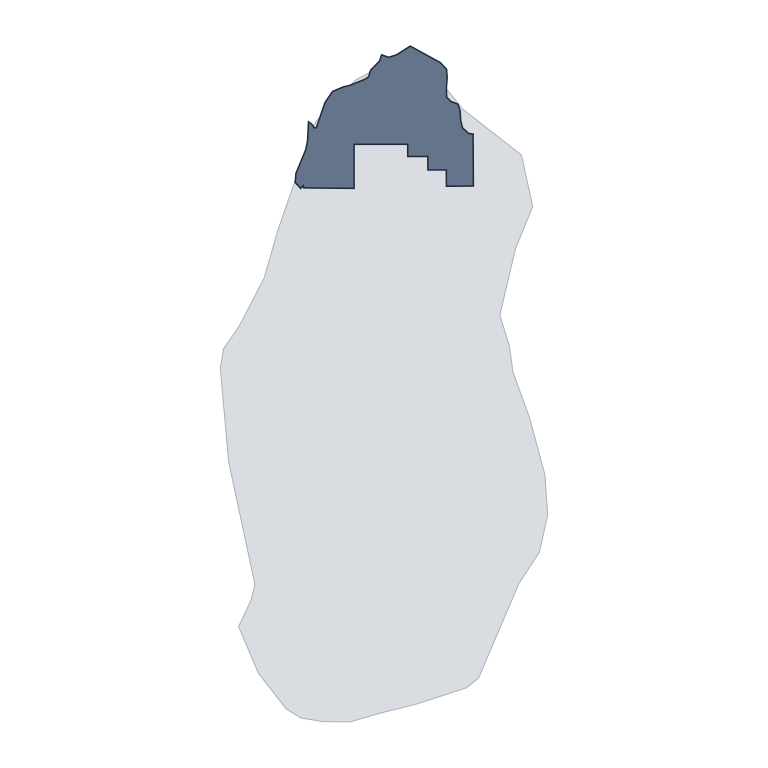 Qatar, with Madinat ach Shamal highlighted
{"feature_id": "QAT-1106", "entity_name": "Madinat ach Shamal", "entity_type": "Municipality", "adm_level": 1, "iso_a3": "QAT", "parent_name": "Qatar", "parent_adm1": "", "projection": "orthographic", "projection_center": [51.179, 25.992], "detail": "fine", "context": "in_parent", "style": "filled", "palette": "slate", "viewbox_px": 768, "rotation_deg": 0, "n_neighbors": 0, "source": "natural_earth", "source_scale": "10m", "svg_char_len": 1160}
<svg xmlns="http://www.w3.org/2000/svg" viewBox="0 0 768 768"><path d="M417.0,703.9L382.3,712.6L349.7,721.9L322.5,721.6L300.7,717.9L286.2,708.9L258.3,673.1L238.6,626.6L250.8,600.7L255.0,584.6L228.7,462.1L220.3,368.1L223.5,348.9L238.8,326.8L264.2,277.9L277.7,230.7L315.7,121.7L355.7,79.8L414.4,49.0L462.7,109.1L521.5,155.1L532.7,206.5L515.6,248.4L499.8,315.1L509.4,345.8L513.0,372.3L529.2,416.8L544.9,474.6L547.7,514.9L539.4,552.2L518.9,583.6L478.6,678.0L466.5,687.8L417.0,703.9Z" fill="#d9dde1" stroke="#a8b0b8" stroke-width="1"/><path d="M303.9,187.9L303.3,185.7L300.7,188.5L295.2,182.5L295.9,173.5L305.9,149.3L307.5,141.0L308.5,121.8L311.7,124.1L312.9,125.4L314.0,127.8L316.3,127.8L325.0,102.5L332.6,91.4L343.5,86.8L349.3,85.5L365.3,79.1L368.6,76.7L370.6,70.2L379.5,61.1L381.6,54.8L388.6,57.3L396.4,54.9L410.2,46.1L440.4,62.6L446.6,69.4L447.2,77.6L446.4,88.2L446.7,97.3L450.7,101.3L458.0,104.2L460.2,111.2L460.6,120.0L462.5,127.8L468.4,133.3L473.2,134.1L473.1,135.8L473.4,186.0L446.4,186.3L446.3,170.0L427.9,170.0L427.8,156.5L407.7,156.5L407.7,144.3L354.1,144.3L354.1,188.4L304.0,187.9L303.9,187.9Z" fill="#64748b" stroke="#1e293b" stroke-width="1.5"/></svg>